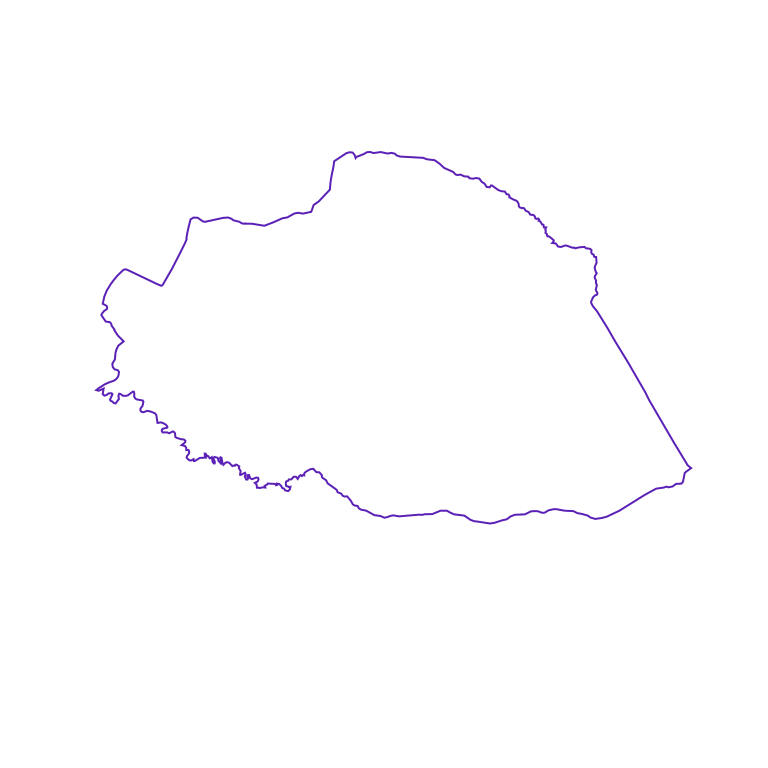 the district of Kungu, Équateur, Democratic Republic of the Congo, rotated 238°
{"feature_id": "63176286B55786633055845", "entity_name": "Kungu", "entity_type": "district", "adm_level": 2, "iso_a3": "COD", "parent_name": "Democratic Republic of the Congo", "parent_adm1": "Équateur", "projection": "orthographic", "projection_center": [18.779, 2.549], "detail": "fine", "context": "isolated", "style": "outline", "palette": "violet", "viewbox_px": 768, "rotation_deg": 238, "n_neighbors": 0, "source": "geoboundaries", "source_scale": "gbopen_adm2", "svg_char_len": 6106}
<svg xmlns="http://www.w3.org/2000/svg" viewBox="0 0 768 768"><g transform="rotate(238 384 384)"><path d="M547.0,545.5L551.9,539.4L555.1,537.0L566.0,521.5L568.4,518.1L571.1,515.9L573.6,515.2L575.9,513.0L577.6,509.1L582.4,504.2L585.4,497.5L588.2,495.1L589.6,492.3L589.7,488.8L591.2,480.8L590.7,479.7L593.7,480.4L596.8,480.1L598.7,477.8L599.7,474.4L599.3,459.8L594.2,455.5L590.1,451.5L585.5,447.3L582.6,444.9L577.5,441.1L573.4,425.4L573.1,419.2L572.4,418.3L569.9,415.3L568.6,413.4L571.5,405.5L574.7,401.9L576.1,398.4L576.5,390.3L578.4,385.6L579.8,375.5L581.6,366.4L590.0,356.8L593.1,351.9L593.7,351.5L593.6,350.9L595.5,348.6L598.2,347.3L602.8,342.9L605.0,342.2L607.8,340.0L610.1,335.7L616.4,318.1L618.0,316.5L623.7,314.1L626.1,310.6L626.1,307.2L620.7,301.5L616.1,297.0L612.2,293.6L611.1,293.1L608.7,289.5L603.2,280.6L593.9,265.0L585.3,248.8L585.2,248.2L585.3,247.2L589.5,244.2L615.0,228.0L617.1,226.6L618.4,225.3L618.7,224.3L618.8,222.9L617.1,215.1L615.4,210.0L613.5,205.1L610.0,198.2L606.3,193.1L601.1,188.0L597.4,190.1L595.9,190.0L594.4,188.7L594.3,185.5L593.1,182.0L592.2,180.8L584.4,181.1L582.2,183.7L581.6,184.3L579.8,184.6L577.7,183.9L573.1,184.3L572.5,183.8L566.0,184.0L558.1,185.8L557.3,179.0L555.0,175.3L552.8,172.9L547.5,168.9L545.1,164.3L542.2,163.0L539.4,163.2L536.8,165.5L534.8,165.7L533.5,164.7L531.7,163.1L530.5,161.0L529.9,158.4L530.0,156.2L530.7,153.4L531.4,149.7L531.7,146.7L531.6,142.5L531.7,140.5L531.3,136.8L529.5,138.4L528.7,143.8L524.5,140.1L522.3,140.7L521.7,143.1L522.0,145.4L520.5,148.1L519.2,148.3L515.9,143.3L514.6,143.3L513.0,144.4L510.9,144.8L509.8,146.1L511.7,151.2L514.9,152.6L515.6,153.7L516.1,154.3L514.7,155.5L512.4,156.3L510.7,158.9L510.1,160.9L510.5,165.1L510.6,166.8L510.0,167.8L508.2,167.2L505.9,165.5L503.5,165.4L502.0,166.1L497.8,170.7L496.5,170.6L493.4,167.6L492.3,164.6L490.9,163.5L489.0,163.5L487.6,164.9L486.7,169.0L484.2,171.6L480.4,174.3L478.1,174.4L474.5,172.8L471.0,171.3L469.6,174.6L466.9,176.6L464.4,177.6L462.6,177.7L461.9,177.1L462.1,176.2L462.6,174.7L463.3,172.5L463.2,172.2L462.9,171.4L462.1,170.7L460.3,170.6L457.9,174.4L456.1,175.7L455.7,179.6L455.0,180.4L453.0,180.7L449.7,179.0L448.5,179.4L445.0,182.4L444.6,182.8L443.1,184.8L441.2,185.5L439.9,184.5L439.4,180.0L436.8,182.4L434.6,182.4L432.7,181.3L431.7,183.2L429.9,183.0L428.4,181.7L427.1,178.4L426.0,177.5L422.8,178.3L421.4,179.7L421.2,182.7L419.5,181.9L419.0,182.7L418.9,187.1L418.9,188.8L418.2,189.9L416.0,193.9L417.9,194.0L420.0,195.1L419.4,195.8L416.6,195.9L416.1,196.6L413.2,196.9L413.2,199.2L408.7,197.4L406.8,197.6L406.4,198.3L407.6,199.3L410.4,199.6L411.5,200.2L412.0,201.5L411.7,201.8L409.5,203.9L408.0,203.4L406.6,202.9L403.0,203.6L404.2,204.7L408.0,205.7L408.5,206.5L407.5,207.1L402.5,205.1L401.2,205.1L400.6,205.0L401.3,208.1L400.6,209.8L399.2,211.0L394.7,211.9L394.6,212.5L394.4,213.7L393.7,214.2L394.0,214.8L394.2,215.5L393.6,216.3L390.8,217.6L389.5,216.3L386.1,216.3L383.8,214.2L383.3,213.8L382.9,214.1L382.4,219.1L381.0,219.0L379.3,216.9L376.0,216.5L375.3,217.6L376.2,218.9L376.6,218.9L378.4,219.2L378.9,220.4L378.3,221.3L374.9,220.6L373.2,221.6L372.6,224.6L372.4,226.0L371.2,227.5L369.5,227.0L368.3,225.2L368.6,222.1L366.3,222.7L363.4,221.3L362.8,222.5L361.8,223.1L360.6,226.4L359.1,228.5L360.8,228.8L360.7,231.6L361.2,232.6L357.9,237.4L357.0,238.6L355.3,238.8L355.2,239.2L355.0,239.8L356.2,240.5L354.8,242.1L352.1,242.8L349.7,242.6L348.2,243.8L346.9,243.8L346.0,243.9L344.0,246.0L344.5,248.3L346.4,250.2L347.0,248.6L348.3,248.2L348.8,247.3L349.6,247.0L352.3,248.4L353.0,249.2L353.2,249.6L352.7,251.3L353.5,252.7L353.4,252.8L352.2,254.9L353.2,258.2L352.0,260.2L349.2,260.5L349.9,261.8L350.8,263.2L350.9,265.1L349.5,265.5L349.7,266.9L348.8,267.9L349.9,268.4L350.7,269.7L351.0,271.4L350.8,276.3L349.6,279.1L345.1,279.9L343.3,282.4L339.5,283.0L338.5,282.2L337.1,282.1L333.1,283.9L329.5,283.6L322.0,286.7L319.2,287.8L316.8,287.3L313.7,289.6L311.0,289.8L309.5,290.9L308.2,293.2L303.3,293.9L303.1,294.0L298.4,293.8L296.5,294.7L294.6,297.0L291.9,296.8L289.9,297.7L286.0,301.8L277.9,306.3L274.1,310.9L270.3,313.6L269.2,317.0L268.8,319.3L267.6,322.4L263.8,326.6L254.6,344.5L252.7,347.2L252.0,349.5L248.1,356.0L246.6,364.8L243.2,370.2L239.7,372.1L236.3,374.4L229.8,382.4L222.9,385.4L219.5,388.1L218.7,389.3L209.5,400.0L207.6,404.6L205.7,412.2L204.2,416.4L204.6,421.0L203.8,425.6L198.8,434.4L198.1,441.2L196.2,444.7L194.6,447.0L190.8,450.0L189.7,452.3L189.7,456.5L187.8,461.9L186.2,464.2L181.3,469.5L179.3,472.2L175.9,477.2L172.1,479.5L169.0,482.9L164.4,487.1L161.4,488.3L157.6,491.7L154.9,497.8L153.4,502.8L151.8,516.5L151.8,545.2L151.4,553.6L151.0,559.4L148.0,566.2L147.2,569.3L145.7,570.4L144.2,574.3L144.5,578.8L141.9,583.4L142.6,585.7L149.1,591.8L149.5,593.4L149.9,599.9L153.7,598.6L154.3,598.4L156.3,598.5L180.1,598.8L229.4,600.3L238.9,601.2L273.3,602.4L297.4,602.6L313.4,603.2L323.9,603.2L332.9,603.2L338.9,602.4L342.7,602.6L343.8,603.0L346.7,607.1L347.3,609.6L346.9,612.1L347.9,613.1L351.7,613.5L355.0,616.9L357.4,617.3L359.3,618.6L362.5,619.0L363.7,620.0L365.2,623.1L366.6,623.0L370.7,624.1L372.1,625.3L372.3,625.7L374.0,628.4L379.3,631.2L379.6,630.7L380.4,629.7L382.6,630.3L384.1,629.4L385.6,629.4L387.8,631.0L389.5,630.3L390.2,629.5L392.0,627.3L394.1,626.6L396.5,621.8L397.8,618.0L398.8,617.7L399.4,616.3L404.8,612.0L405.6,610.7L406.4,606.7L408.4,604.4L412.1,604.2L414.4,601.4L415.1,603.5L415.9,604.1L419.8,602.9L421.8,602.1L422.7,600.8L423.7,601.1L424.9,601.6L426.6,601.0L428.3,602.5L429.5,602.6L430.9,604.5L432.1,602.6L434.6,603.6L435.5,602.6L439.1,602.7L440.5,601.6L441.4,602.7L442.6,602.5L443.2,600.8L444.4,600.1L445.9,600.7L448.0,600.4L450.1,597.8L453.3,597.7L454.1,597.2L455.8,596.0L458.8,595.9L459.8,595.1L459.8,594.3L462.0,592.6L463.3,592.6L465.4,593.6L468.0,593.8L469.4,593.3L472.0,591.4L475.9,589.2L476.6,590.0L478.8,590.0L480.0,588.5L483.1,588.5L485.4,585.6L488.1,583.6L495.0,580.8L495.7,580.0L494.8,577.9L496.7,575.5L500.8,575.4L503.5,574.0L507.6,573.7L509.9,571.3L510.8,568.5L513.2,565.5L515.1,565.4L517.8,561.9L521.0,559.9L522.3,557.0L523.8,555.7L527.1,555.1L535.2,549.6L537.2,549.0L541.3,547.9L547.0,545.5Z" fill="none" stroke="#5b21b6" stroke-width="2"/></g></svg>